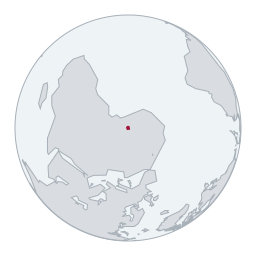 Tapoa on an orthographic globe, rotated 167°
{"feature_id": "BFA-2878", "entity_name": "Tapoa", "entity_type": "Province", "adm_level": 1, "iso_a3": "BFA", "parent_name": "Burkina Faso", "parent_adm1": "", "projection": "orthographic", "projection_center": [1.792, 12.114], "detail": "fine", "context": "on_globe", "style": "filled", "palette": "rose", "viewbox_px": 256, "rotation_deg": 167, "n_neighbors": 0, "source": "natural_earth", "source_scale": "10m", "svg_char_len": 8690}
<svg xmlns="http://www.w3.org/2000/svg" viewBox="0 0 256 256"><g transform="rotate(167 128 128)"><circle cx="128" cy="128" r="113" fill="#eef3f6" stroke="#a8b0b8"/><path d="M97.2,19.7L87.5,23.1L89.5,22.5L86.3,24.1L87.4,24.1L84.9,25.1L88.0,24.2L90.0,23.3L92.1,22.7L92.9,22.7L89.9,23.9L89.0,24.1L88.6,24.5L86.7,25.2L88.1,24.9L84.4,26.6L89.3,25.0L87.3,26.5L84.5,27.6L83.2,27.4L73.5,30.6L70.3,32.3L67.0,34.6L64.0,39.0L61.0,41.2L58.2,44.3L60.5,43.0L63.6,40.1L67.2,38.8L70.5,35.9L72.4,35.0L76.5,32.4L77.5,33.1L76.3,35.3L73.1,37.6L72.4,38.8L76.9,37.0L72.1,42.2L71.2,47.3L69.7,48.8L64.5,50.5L61.1,49.0L54.3,52.4L60.4,50.7L56.7,55.0L56.8,56.1L57.9,56.3L60.0,54.9L59.1,56.7L52.8,58.8L53.5,57.2L55.5,56.4L53.9,55.9L49.6,58.0L48.0,60.4L43.2,62.0L42.0,63.8L40.3,65.4L42.5,62.2L38.5,68.1L32.6,73.0L27.0,84.0L30.7,74.6L30.9,72.9L30.6,72.2L29.7,73.9L30.6,71.4L30.1,72.2L34.3,65.5L39.0,59.0L44.0,52.9L49.5,47.2L55.4,41.9L61.7,37.0L68.3,32.5L75.1,28.5L82.3,25.1L89.6,22.1L97.2,19.7ZM21.7,90.7L21.6,91.1L22.9,87.7L23.3,88.0L19.7,97.6L19.7,100.9L17.8,108.6L17.4,113.2L18.2,113.1L18.8,116.1L20.4,112.2L22.5,110.8L21.4,117.3L23.4,112.0L24.0,115.8L28.8,117.8L28.1,119.1L32.0,128.7L38.2,134.1L39.6,139.3L38.6,142.0L41.2,143.5L41.3,145.5L53.1,151.1L60.5,157.3L61.2,163.9L56.8,170.4L57.1,185.2L50.4,188.3L51.5,194.0L51.3,201.2L46.9,199.2L51.1,204.0L51.1,205.8L49.0,205.1L51.3,208.0L49.9,207.3L52.7,209.8L54.3,212.5L58.4,216.0L60.6,218.2L63.4,220.1L62.8,219.8L63.1,220.1L64.5,221.0L64.3,220.9L54.1,213.0L53.4,212.4L52.9,211.9L52.0,211.1L47.8,206.9L48.3,207.6L41.1,199.3L37.0,192.8L27.2,172.1L25.1,167.4L21.5,160.7L16.8,142.6L16.7,136.6L16.3,133.0L17.7,125.1L18.2,116.1L18.0,114.4L17.2,117.1L17.2,110.0L18.4,103.0L19.2,98.9L21.7,90.7ZM25.3,87.7L25.5,95.2L23.8,94.6L24.4,93.9L24.7,91.1L24.7,88.0L23.7,88.2L25.3,87.7ZM28.9,82.5L28.8,81.7L29.1,82.1L28.9,82.5ZM75.6,32.3L76.0,32.3L75.1,32.8L75.6,32.3ZM77.0,31.1L75.6,31.6L76.0,31.2L76.9,30.9L77.0,31.1ZM78.6,30.7L77.0,30.3L77.8,29.6L81.8,28.0L78.6,30.7ZM90.3,23.0L88.2,24.0L89.2,23.2L90.3,23.0ZM90.5,22.7L90.7,21.8L94.3,20.6L93.5,21.0L97.5,19.7L99.2,19.4L97.3,20.1L94.7,20.9L97.3,20.3L90.5,22.7ZM92.9,22.4L92.7,22.2L95.8,21.1L96.9,21.2L95.5,21.5L92.9,22.4ZM97.8,19.5L100.3,18.8L102.3,18.4L103.6,18.2L99.5,19.3L97.8,19.5ZM95.3,21.8L97.4,21.4L96.7,21.9L93.4,22.5L95.3,21.8ZM96.1,20.7L97.6,20.3L97.1,20.6L96.1,20.7ZM95.5,24.2L95.1,23.8L96.6,23.2L95.5,24.2ZM98.2,21.2L98.5,21.0L99.0,20.7L100.3,20.6L98.2,21.2ZM101.2,19.1L101.6,19.1L103.0,18.5L104.6,18.4L101.6,19.3L103.5,18.8L104.0,18.8L101.1,19.6L101.2,19.1ZM103.2,19.8L100.0,21.2L100.4,22.0L99.0,22.6L98.6,21.2L103.2,19.8ZM102.2,19.6L102.5,19.8L100.6,20.3L99.3,20.4L102.2,19.6ZM106.7,18.0L105.1,18.0L105.8,17.9L106.7,18.0ZM103.7,19.9L104.5,19.6L104.0,19.9L103.7,19.9ZM106.2,18.5L105.5,18.4L106.4,18.2L106.2,18.5ZM106.6,19.1L105.6,19.5L104.6,19.5L106.6,19.1ZM106.7,18.7L108.0,18.5L104.9,19.3L106.3,18.7L106.7,18.7ZM107.1,18.3L107.4,18.2L107.3,18.3L107.1,18.3ZM110.9,18.9L107.2,20.0L105.0,20.0L109.0,18.9L110.9,18.9ZM64.8,221.2L63.6,220.3L68.2,223.3L68.2,223.5L65.9,222.0L64.8,221.2ZM66.0,221.2L66.5,221.1L67.6,221.7L67.5,222.0L66.0,221.2ZM155.1,18.7L154.7,18.6L155.1,18.7ZM235.8,95.5L236.2,96.6L234.9,92.6L231.9,85.5L232.4,89.5L234.2,102.3L236.4,113.0L236.1,118.5L230.8,104.8L227.1,95.1L226.0,96.8L219.9,89.9L211.7,92.2L209.8,89.9L208.4,91.6L204.0,90.0L200.8,86.3L198.4,87.2L206.8,97.0L209.2,96.2L210.2,91.3L212.2,95.1L216.4,97.8L214.5,108.8L201.1,121.1L198.6,113.3L181.9,93.7L181.7,91.3L181.6,91.0L181.3,90.5L181.1,94.6L177.8,90.8L188.0,104.7L190.3,111.0L200.9,121.7L200.2,123.1L203.3,125.1L211.5,120.1L211.9,122.8L208.7,136.3L196.2,155.7L197.2,166.7L195.1,176.4L185.7,183.9L185.0,191.0L179.9,194.1L178.6,198.1L173.7,202.8L166.0,207.4L154.6,208.6L155.1,205.1L151.3,198.6L146.5,181.9L150.6,173.6L150.1,167.3L141.7,153.6L143.7,145.5L141.1,142.2L136.0,143.3L133.0,139.4L129.8,139.5L108.9,142.9L101.9,137.7L91.8,121.6L95.0,115.1L94.4,107.7L115.7,82.6L121.6,83.8L140.0,79.8L142.6,80.5L141.9,86.2L156.9,92.0L160.0,87.0L172.1,89.6L179.2,88.5L179.0,77.9L167.4,79.3L163.9,74.6L172.0,69.2L181.9,68.6L180.9,66.8L173.4,63.4L174.4,59.9L170.6,62.1L173.1,63.7L170.8,65.3L168.4,64.0L168.8,62.6L165.5,62.2L164.2,69.1L166.6,71.5L158.6,73.7L161.8,78.0L160.0,80.4L154.0,74.0L153.6,71.5L143.5,65.3L143.2,68.0L152.7,74.3L150.3,73.9L149.9,78.3L148.3,74.7L137.9,67.8L129.9,70.0L121.8,81.1L116.6,82.3L111.3,80.5L112.0,69.8L123.5,68.4L123.9,65.2L119.7,60.8L123.6,60.9L123.3,59.1L127.4,58.6L131.4,54.1L135.4,53.4L135.2,48.3L137.2,47.4L136.7,50.5L138.5,52.6L148.1,51.5L149.4,50.3L148.5,47.2L151.3,47.5L149.2,44.7L153.8,43.1L146.4,42.8L145.2,39.7L147.0,37.2L145.2,36.3L142.3,40.5L142.3,42.3L144.4,43.8L143.3,49.4L140.4,50.6L136.5,45.0L132.0,46.3L131.0,41.9L139.6,32.4L144.1,30.6L155.3,33.3L155.3,35.1L151.3,34.9L156.6,37.7L155.4,36.2L157.7,36.6L157.1,34.2L158.7,34.4L155.4,31.9L157.2,32.0L159.3,33.5L160.0,30.5L163.4,30.3L162.8,29.6L161.2,28.8L166.6,29.3L165.9,28.8L163.9,28.4L161.2,27.1L158.5,25.2L160.5,25.5L161.8,26.2L167.4,28.3L170.4,30.5L170.9,30.4L168.8,28.6L161.9,26.0L159.8,24.8L163.1,25.8L161.7,25.3L161.3,24.9L162.7,24.7L159.1,23.6L151.4,19.3L153.5,19.0L157.3,20.1L154.0,18.5L156.3,19.0L164.2,21.3L171.9,24.2L179.3,27.7L186.5,31.7L193.4,36.3L199.9,41.3L206.1,46.8L211.8,52.7L217.1,59.0L221.9,65.7L226.2,72.8L229.9,80.1L233.2,87.7L235.8,95.5ZM110.1,95.2L109.9,97.5L110.1,95.2ZM193.7,73.5L198.8,73.0L194.3,67.1L195.9,66.6L193.8,64.9L194.0,66.7L188.4,62.3L189.8,60.2L188.1,57.8L186.3,57.9L184.6,62.6L192.5,68.8L192.3,71.5L193.7,73.5ZM29.0,117.8L29.4,119.3L28.5,119.0L29.0,117.8ZM22.8,97.0L23.2,97.6L23.2,98.9L22.7,98.8L22.8,97.0ZM28.4,101.1L29.2,102.2L28.0,102.1L28.4,101.1ZM25.7,96.2L27.6,100.5L25.2,101.2L24.1,98.7L25.4,98.9L25.7,96.2ZM27.1,85.9L27.1,86.6L26.6,87.6L27.1,85.9ZM29.2,82.8L29.3,81.7L29.2,82.8ZM57.1,54.9L57.5,54.8L58.4,55.4L57.2,55.9L57.1,54.9ZM66.5,54.3L64.8,57.2L65.2,55.4L63.3,56.4L61.8,53.9L68.9,49.5L66.0,51.8L66.5,54.3ZM61.8,49.9L61.9,51.6L61.5,49.9L61.8,49.9ZM117.5,51.0L119.5,51.9L118.8,53.9L113.8,55.7L114.8,52.7L117.5,51.0ZM122.5,52.8L120.1,47.3L123.1,46.2L121.8,47.7L124.1,47.5L122.6,49.9L127.9,54.7L127.6,56.8L118.5,58.4L121.6,56.6L119.5,55.7L122.5,52.8ZM108.5,38.0L107.5,36.5L115.4,36.1L115.4,37.7L110.4,39.3L107.5,38.5L108.5,38.0ZM85.9,28.3L85.0,28.3L85.8,27.9L87.3,27.5L85.9,28.3ZM95.1,24.1L90.7,28.1L89.4,28.2L88.3,30.9L84.6,32.3L85.4,30.5L81.7,33.8L81.0,32.7L78.9,35.0L81.1,30.8L80.3,30.2L82.6,30.2L86.1,28.9L87.3,28.1L90.3,25.7L90.2,24.2L93.7,22.9L96.1,22.4L96.6,22.5L94.2,23.2L96.6,22.9L93.6,24.2L95.1,24.1ZM122.5,21.5L119.5,21.6L123.9,22.6L120.9,23.2L121.5,23.3L119.9,24.3L119.2,25.7L117.6,25.9L118.0,26.4L117.0,27.1L117.0,27.9L114.1,28.6L113.9,29.8L112.7,29.5L113.1,31.3L111.5,30.3L110.0,31.4L112.3,31.8L96.9,35.2L91.7,37.9L88.2,40.8L85.9,39.2L87.8,35.6L91.9,31.6L97.3,29.5L95.3,29.3L97.3,28.3L98.0,28.9L98.1,27.4L99.9,26.8L103.5,24.3L102.5,23.0L103.8,22.2L105.1,22.4L105.5,21.5L108.8,21.4L109.9,20.9L114.2,20.5L116.2,21.4L117.2,20.8L120.5,20.6L122.5,21.5ZM112.1,18.8L115.2,19.4L115.1,20.1L107.5,20.6L106.2,21.1L101.3,21.8L101.7,20.8L103.0,20.7L104.4,20.3L103.7,20.8L105.3,20.1L107.2,20.0L108.9,19.5L109.5,19.8L112.1,18.8ZM144.6,78.3L146.4,78.4L149.0,77.9L148.8,80.8L144.6,78.3ZM137.4,73.6L138.9,73.1L140.0,76.6L138.1,76.6L137.4,73.6ZM138.9,70.0L138.9,72.8L137.8,71.3L138.9,70.0ZM138.0,50.1L139.5,49.5L140.0,50.2L139.6,51.4L138.0,50.1ZM134.8,26.0L133.1,25.6L133.3,25.3L131.0,23.9L133.1,23.5L135.3,24.2L134.8,26.0ZM177.5,79.9L176.0,82.2L174.7,81.3L175.5,80.7L177.5,79.9ZM162.1,81.5L166.1,82.5L162.0,82.3L162.1,81.5ZM136.7,25.3L135.5,24.7L137.2,24.9L136.7,25.3ZM134.5,23.1L136.4,23.2L133.1,23.3L134.5,23.1ZM196.6,216.7L195.8,217.6L194.9,218.1L196.6,216.7ZM209.6,172.0L200.6,189.5L196.6,190.4L197.1,185.8L201.3,175.4L206.3,171.7L209.1,166.6L209.6,172.0ZM236.7,113.9L238.2,119.7L237.8,121.2L236.7,113.9ZM152.6,23.3L153.5,25.5L155.5,27.3L158.7,28.4L154.5,28.0L151.4,25.2L152.6,23.3ZM151.4,19.6L148.5,19.0L149.4,18.9L150.2,19.1L151.4,19.6ZM149.8,19.5L146.9,19.5L145.1,18.9L147.8,19.0L149.8,19.5ZM141.9,21.8L142.0,22.4L140.6,22.2L141.9,21.8ZM147.1,17.1L144.8,16.6L148.2,17.2L147.1,17.1Z" fill="#d9dde1" stroke="#a8b0b8" stroke-width="1"/><path d="M129.2,128.4L129.1,128.6L129.0,128.8L128.9,128.9L128.8,129.0L128.7,129.1L128.4,129.3L128.2,129.3L127.9,129.4L127.7,129.4L127.4,129.3L127.1,129.2L126.9,129.0L126.9,128.8L127.0,128.7L127.1,128.4L127.1,128.0L127.1,127.9L126.9,127.9L126.9,127.7L126.9,127.4L126.9,127.2L127.0,127.0L127.0,126.9L127.0,126.7L127.3,126.7L127.4,126.8L127.5,127.0L127.8,127.0L128.1,127.0L128.2,126.9L128.3,126.9L128.5,126.8L128.7,127.0L128.8,127.0L128.8,127.3L128.7,127.4L128.5,127.5L128.8,127.9L128.9,128.1L129.1,128.3L129.2,128.4Z" fill="#f43f5e" stroke="#9f1239" stroke-width="1.5"/></g></svg>